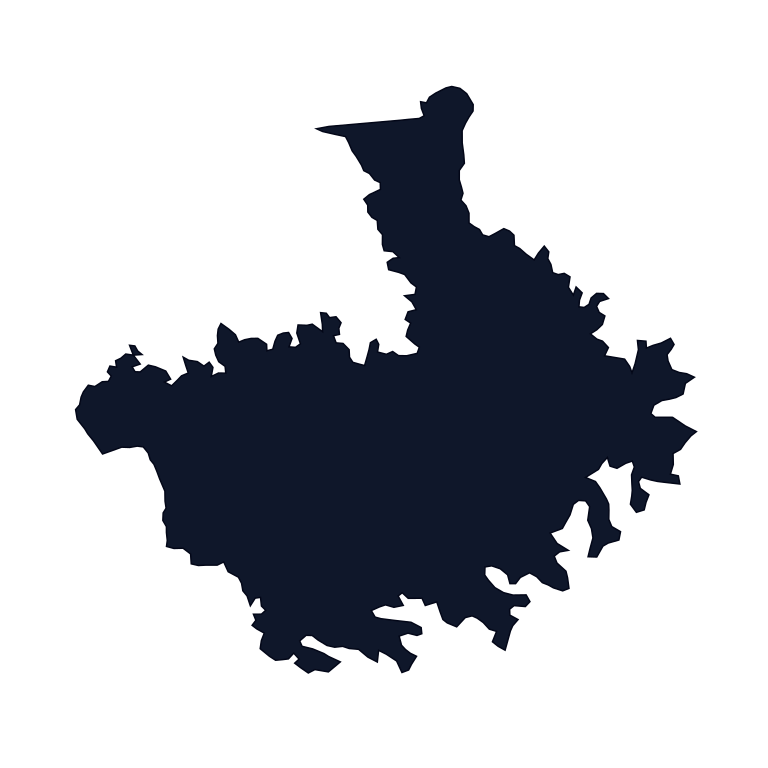 Marquinho, Paraná, Brazil (Mercator projection), rotated 174°
{"feature_id": "56859067B92570894307913", "entity_name": "Marquinho", "entity_type": "district", "adm_level": 2, "iso_a3": "BRA", "parent_name": "Brazil", "parent_adm1": "Paraná", "projection": "mercator", "projection_center": [-52.258, -25.123], "detail": "fine", "context": "isolated", "style": "filled", "palette": "ink", "viewbox_px": 768, "rotation_deg": 174, "n_neighbors": 0, "source": "geoboundaries", "source_scale": "gbopen_adm2", "svg_char_len": 5721}
<svg xmlns="http://www.w3.org/2000/svg" viewBox="0 0 768 768"><g transform="rotate(174 384 384)"><path d="M678.2,413.7L683.8,407.6L686.6,402.6L688.9,395.1L693.4,390.8L692.8,381.0L686.3,370.7L683.8,365.4L678.9,357.9L671.2,343.8L651.5,348.6L643.6,347.5L635.9,348.0L630.0,346.6L625.7,340.0L624.4,333.1L621.2,328.2L619.0,320.8L617.1,313.3L613.1,300.3L614.0,290.4L613.7,283.3L617.1,278.9L618.2,271.4L615.3,264.9L615.9,259.1L615.9,251.0L617.3,245.2L610.1,242.4L601.0,241.7L594.1,235.2L594.5,225.3L587.6,222.9L580.2,222.5L568.8,221.3L562.0,223.8L558.6,213.6L549.0,207.1L546.5,200.8L546.0,193.1L542.3,187.5L540.1,177.4L534.5,184.5L529.1,184.7L529.1,176.0L525.3,171.3L530.0,167.9L537.9,168.7L536.1,162.4L540.4,157.8L536.2,153.8L529.1,148.8L532.8,141.6L534.8,133.7L526.4,125.2L520.7,120.6L514.0,120.5L507.8,120.6L501.9,125.8L497.2,119.3L502.0,115.7L496.6,110.6L489.5,104.5L482.6,107.2L469.4,103.5L456.5,112.2L467.6,118.8L471.9,122.2L482.6,128.0L492.9,131.7L494.7,137.3L487.7,142.2L481.7,141.4L476.4,136.3L468.0,129.9L460.6,127.4L452.5,127.4L446.3,124.6L437.0,122.8L428.6,114.1L419.7,108.2L417.2,119.7L409.9,115.0L400.4,107.2L396.3,95.2L389.4,97.0L386.0,102.3L380.1,109.8L385.9,113.4L390.4,117.7L393.9,122.4L395.3,131.7L386.2,133.7L377.5,130.5L372.5,131.7L372.5,137.9L382.0,144.2L398.3,147.8L411.5,150.9L417.2,153.1L420.3,160.0L411.8,162.8L405.6,164.2L397.5,160.9L388.0,161.8L392.1,171.7L387.7,174.5L382.3,168.3L376.2,167.7L368.6,167.0L366.1,159.4L354.3,161.8L352.0,151.5L350.0,143.6L346.1,139.8L337.1,134.9L327.6,143.2L320.6,144.2L315.8,141.4L310.2,136.4L304.9,129.2L297.9,126.2L303.1,116.3L297.9,111.2L291.4,106.6L284.1,125.2L281.2,130.2L275.3,135.7L283.0,141.0L282.6,146.9L277.8,150.0L266.7,147.9L261.6,152.3L264.7,159.4L277.8,160.6L286.9,164.0L295.0,169.9L300.7,178.0L303.8,183.5L302.7,191.5L295.9,191.9L287.7,188.1L281.0,181.3L279.6,172.3L274.0,171.7L268.6,177.4L259.0,181.0L252.3,176.4L247.3,169.9L241.7,167.0L236.9,163.6L227.9,159.6L221.4,161.4L221.7,172.1L222.6,178.8L230.7,187.9L232.7,195.0L226.9,198.7L218.1,199.3L228.5,207.3L234.4,218.4L221.7,221.7L218.1,226.9L212.7,234.4L208.3,244.5L202.7,247.9L195.7,246.7L192.3,240.5L195.6,227.2L192.8,218.5L192.3,209.1L196.2,199.0L199.1,190.9L190.5,189.7L183.2,199.9L177.6,202.4L166.7,204.3L164.2,212.4L172.4,218.4L174.6,225.9L173.5,235.0L173.1,241.1L174.8,246.4L180.1,258.1L183.9,264.9L193.4,270.0L179.6,276.7L175.7,282.1L169.5,287.6L167.8,278.7L161.1,275.8L151.8,279.9L145.1,281.4L143.7,275.3L147.3,267.8L147.9,258.5L148.2,252.3L149.3,246.7L151.5,238.7L146.4,230.0L138.4,231.6L135.8,238.9L132.1,246.1L140.0,253.4L141.1,260.3L137.5,264.4L128.8,260.7L122.1,258.5L115.1,256.9L100.2,253.6L100.9,261.9L108.6,264.4L104.7,273.7L103.8,284.6L95.9,288.0L90.7,294.1L84.2,300.3L78.3,304.0L88.9,310.9L100.5,320.7L117.9,322.6L121.7,326.7L117.8,334.7L109.4,338.5L101.6,339.1L95.1,340.0L87.6,342.8L84.2,353.1L74.6,358.3L81.9,362.6L89.2,364.6L96.2,368.2L99.1,377.2L99.4,383.6L94.8,388.4L91.4,393.0L94.3,399.5L103.9,395.8L112.3,394.3L119.3,392.3L119.0,399.2L127.4,400.8L127.4,391.5L132.2,377.8L136.2,369.1L137.8,375.7L142.1,383.6L161.7,389.0L157.0,396.8L162.2,403.8L167.6,406.4L173.5,412.3L166.7,415.7L160.6,420.4L157.2,428.6L162.5,432.7L164.5,439.0L160.9,443.6L151.8,445.5L156.3,451.0L163.1,451.9L169.0,447.9L171.8,441.8L176.9,439.2L182.1,440.4L180.8,447.0L177.4,453.9L182.8,460.4L186.4,452.6L190.5,460.9L187.8,471.1L193.2,475.2L199.3,474.6L204.6,477.1L205.5,485.5L208.0,491.6L206.3,498.2L210.2,504.4L216.7,498.1L221.7,491.7L229.0,498.2L234.9,504.6L239.8,508.0L239.2,518.4L243.2,523.0L248.6,526.0L257.9,522.0L264.2,519.5L270.3,522.0L272.9,527.7L277.9,531.1L282.6,535.3L281.6,545.0L283.8,552.7L288.3,558.9L285.5,565.4L286.4,571.7L287.8,579.2L286.8,588.5L281.0,595.1L280.7,603.6L281.0,615.7L279.8,627.8L275.6,635.0L271.5,640.7L266.9,646.2L266.1,652.6L271.4,664.1L277.6,670.1L285.5,672.8L291.4,672.0L302.0,668.0L308.8,664.5L312.4,659.2L318.1,660.9L318.0,654.2L316.0,646.6L321.2,644.4L332.1,644.6L340.2,644.6L361.8,645.0L411.8,645.9L424.4,644.9L418.6,641.5L406.3,637.3L396.4,634.1L393.9,627.8L391.3,619.2L387.9,613.3L383.5,604.0L381.8,598.3L376.5,594.9L372.0,587.8L366.7,584.7L367.2,577.9L378.7,573.9L384.8,569.9L381.5,563.6L382.1,556.7L378.5,550.9L373.6,547.4L373.9,538.5L369.9,532.7L371.0,523.0L369.9,516.5L361.3,514.7L355.6,508.1L361.8,508.1L368.1,504.7L367.4,497.2L357.7,493.5L352.0,490.7L346.6,481.7L341.6,477.1L343.8,469.9L354.3,469.6L347.7,462.8L344.1,454.5L352.5,453.3L356.2,446.0L351.1,441.8L354.8,435.2L357.0,429.0L349.2,420.6L345.0,416.9L347.8,411.0L358.5,409.7L366.6,410.7L372.0,415.4L378.5,413.3L387.1,416.5L385.1,424.0L387.1,429.3L393.2,426.5L395.3,419.7L398.1,412.5L401.4,404.4L406.7,406.4L412.7,408.8L415.5,414.3L415.1,421.8L420.5,428.6L427.3,429.9L429.2,437.3L423.1,438.0L423.1,444.2L420.3,449.4L424.7,455.9L431.2,455.7L434.0,460.4L439.6,461.6L439.1,449.7L439.6,442.4L449.1,451.0L454.5,450.4L463.3,451.7L465.4,443.8L462.9,432.7L468.2,429.7L474.6,430.9L470.7,438.9L473.5,445.2L478.9,445.2L484.6,443.6L487.9,438.0L491.0,430.2L497.0,429.3L496.6,435.8L504.7,442.6L511.5,443.2L518.0,442.6L524.1,440.8L526.6,448.5L532.3,454.5L539.8,461.2L543.2,455.9L544.6,449.5L544.9,441.8L549.1,436.7L548.3,430.3L546.0,423.4L540.2,418.2L540.2,411.3L547.5,412.2L555.0,409.5L552.4,418.4L555.6,424.0L561.2,420.6L567.3,425.8L575.7,428.0L580.9,431.7L579.2,423.0L577.5,415.4L584.5,413.3L588.7,409.7L595.4,404.4L602.2,408.9L595.7,411.1L599.7,419.7L609.5,425.0L616.4,427.4L620.9,424.4L625.2,421.5L630.3,422.2L632.7,427.4L624.4,429.3L630.3,438.9L637.7,440.8L643.1,437.1L648.5,435.2L648.2,428.7L654.7,430.5L657.8,425.0L654.4,420.4L657.8,415.4L664.0,415.7L671.8,411.7L678.2,413.7ZM630.3,438.9L621.6,438.6L625.5,442.6L627.8,447.9L633.0,449.1L630.3,438.9Z" fill="#0f172a" stroke="#020617" stroke-width="1.5"/></g></svg>